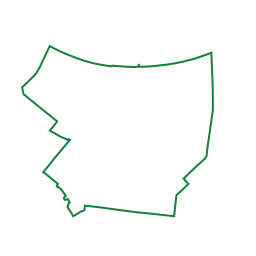 Al Manshiyya, Al Iskandariyah, Egypt (Robinson projection), rotated 349°
{"feature_id": "37247803B47768996612794", "entity_name": "Al Manshiyya", "entity_type": "district", "adm_level": 2, "iso_a3": "EGY", "parent_name": "Egypt", "parent_adm1": "Al Iskandariyah", "projection": "robinson", "projection_center": [29.892, 31.198], "detail": "fine", "context": "isolated", "style": "outline", "palette": "green", "viewbox_px": 256, "rotation_deg": 349, "n_neighbors": 0, "source": "geoboundaries", "source_scale": "gbopen_adm2", "svg_char_len": 5450}
<svg xmlns="http://www.w3.org/2000/svg" viewBox="0 0 256 256"><g transform="rotate(349 128 128)"><path d="M194.3,174.7L195.8,173.8L197.8,172.5L199.2,171.1L199.9,170.3L202.5,161.6L205.8,152.3L206.3,150.9L214.7,126.6L216.5,117.5L219.3,102.1L224.2,69.9L223.8,70.0L223.4,70.1L223.0,70.2L222.6,70.3L222.3,70.4L221.9,70.4L221.6,70.5L221.3,70.6L221.0,70.6L220.7,70.6L220.4,70.7L220.1,70.8L219.9,70.8L219.6,70.8L219.4,70.9L219.2,70.9L218.7,70.9L218.5,71.0L218.3,71.0L218.1,71.1L217.8,71.1L217.6,71.1L217.3,71.1L217.1,71.2L216.8,71.2L216.5,71.3L216.2,71.3L215.8,71.4L215.5,71.4L215.1,71.5L214.7,71.5L214.3,71.6L213.9,71.7L213.5,71.7L213.1,71.8L212.7,71.8L212.3,71.9L211.8,72.0L211.4,72.0L211.0,72.1L210.6,72.1L210.3,72.2L209.9,72.2L209.6,72.3L209.2,72.3L208.9,72.4L208.6,72.4L208.3,72.4L208.0,72.5L207.8,72.6L207.5,72.6L207.2,72.6L206.9,72.6L206.6,72.7L206.2,72.7L205.9,72.8L205.5,72.8L205.1,72.8L204.7,72.8L204.2,72.9L203.8,72.9L203.3,72.9L202.8,72.9L202.4,73.0L201.9,73.0L201.4,73.0L200.9,73.0L200.4,73.1L199.9,73.1L199.4,73.1L198.9,73.1L198.3,73.2L197.8,73.2L197.3,73.2L196.7,73.3L196.2,73.3L195.7,73.3L195.2,73.4L194.6,73.4L194.1,73.4L193.6,73.4L193.2,73.4L192.7,73.4L192.2,73.4L191.8,73.4L191.4,73.4L191.0,73.4L190.6,73.4L190.3,73.4L189.9,73.5L189.6,73.4L189.3,73.4L188.9,73.4L188.6,73.4L188.2,73.5L187.9,73.4L187.5,73.4L187.2,73.4L186.8,73.4L186.4,73.5L186.1,73.4L185.7,73.4L185.4,73.4L185.1,73.4L184.7,73.4L184.4,73.4L184.1,73.4L183.8,73.4L183.5,73.4L183.2,73.4L182.8,73.4L182.5,73.3L182.2,73.3L181.9,73.3L181.5,73.3L181.2,73.3L180.7,73.3L180.4,73.3L180.2,73.2L180.0,73.3L179.8,73.3L179.6,73.2L179.3,73.2L179.1,73.2L178.9,73.2L178.7,73.2L178.3,73.2L178.1,73.2L177.9,73.2L177.7,73.1L177.4,73.1L177.2,73.1L176.7,73.1L176.2,73.0L175.7,73.0L175.2,73.0L174.9,72.9L174.6,72.9L174.4,72.9L174.1,72.8L173.8,72.9L173.5,72.8L173.2,72.8L172.9,72.8L172.7,72.7L172.4,72.7L172.1,72.7L171.9,72.7L171.7,72.7L171.4,72.6L171.2,72.6L170.8,72.6L170.6,72.6L170.4,72.6L170.2,72.6L169.8,72.5L169.6,72.5L169.4,72.5L169.1,72.5L168.9,72.5L168.6,72.4L168.4,72.4L168.1,72.4L167.8,72.4L167.6,72.4L167.3,72.3L167.0,72.3L166.7,72.2L166.4,72.2L166.1,72.2L165.7,72.2L165.4,72.1L165.0,72.1L164.6,72.1L164.3,72.0L163.9,71.9L163.5,71.9L163.0,71.9L162.6,71.8L162.2,71.8L161.8,71.7L161.4,71.7L161.0,71.6L160.6,71.6L160.3,71.6L159.9,71.5L159.5,71.4L159.1,71.4L158.7,71.4L158.3,71.3L158.0,71.2L157.6,71.2L157.2,71.2L156.8,71.1L156.5,71.0L156.1,71.0L155.8,71.0L155.5,70.9L155.3,70.9L155.0,70.8L154.8,70.8L154.6,70.8L154.4,70.8L154.1,70.7L153.9,70.7L153.7,70.6L153.3,70.6L153.1,70.5L152.8,70.5L152.5,70.4L152.3,70.4L152.0,70.3L151.8,70.3L151.5,70.3L151.3,70.2L151.1,70.2L150.9,70.0L150.9,69.8L150.8,69.4L150.8,69.0L150.9,68.8L150.9,68.4L150.8,68.0L150.7,68.0L150.6,68.3L150.5,68.7L150.5,69.1L150.4,69.5L150.3,69.8L150.1,69.9L149.9,69.8L149.8,69.7L149.6,69.6L149.4,69.6L149.2,69.5L148.8,69.6L148.6,69.6L148.3,69.6L148.0,69.6L147.8,69.6L147.5,69.6L147.3,69.6L147.1,69.5L146.9,69.5L146.6,69.4L146.4,69.4L146.2,69.3L145.9,69.3L145.7,69.2L145.4,69.1L145.0,69.1L144.6,69.0L144.2,68.9L143.8,68.9L143.3,68.8L142.8,68.6L142.3,68.6L141.8,68.4L141.2,68.3L140.7,68.2L140.2,68.0L139.6,67.9L139.1,67.8L138.6,67.7L138.0,67.5L137.4,67.3L136.9,67.2L136.3,67.0L135.7,66.9L135.1,66.7L134.5,66.6L133.9,66.4L133.4,66.3L132.8,66.1L132.3,66.0L131.8,65.8L131.4,65.7L130.9,65.6L130.5,65.5L130.2,65.4L129.8,65.3L129.5,65.2L129.2,65.1L128.8,65.0L128.6,65.0L128.4,64.9L128.2,64.9L127.8,64.7L127.6,64.7L127.4,64.6L127.2,64.6L126.9,64.5L126.6,64.4L126.4,64.3L126.1,64.2L125.9,64.2L125.7,64.1L125.4,64.0L125.1,63.9L124.8,63.9L124.6,63.9L124.4,64.0L124.2,64.1L123.7,64.3L123.5,64.2L123.2,64.2L122.9,64.1L122.6,64.0L122.3,63.9L121.8,63.8L121.4,63.6L120.9,63.4L120.3,63.3L119.8,63.0L119.1,62.8L118.5,62.6L117.8,62.3L117.1,62.1L116.4,61.8L115.7,61.6L114.9,61.3L114.2,61.0L113.4,60.7L112.7,60.4L111.9,60.1L111.1,59.8L110.4,59.5L109.6,59.2L108.8,58.9L108.1,58.6L107.4,58.2L106.6,57.9L105.9,57.6L105.2,57.2L104.5,56.9L103.9,56.7L103.2,56.3L102.6,56.0L102.0,55.7L101.4,55.4L100.8,55.1L100.2,54.8L99.7,54.5L99.1,54.2L98.5,53.9L98.0,53.7L97.5,53.3L96.9,53.1L96.3,52.7L95.8,52.4L95.2,52.1L94.6,51.7L94.0,51.4L93.3,51.0L92.7,50.6L92.0,50.2L91.3,49.8L90.7,49.4L90.0,49.0L89.3,48.6L88.6,48.1L87.9,47.7L87.2,47.2L86.5,46.8L85.8,46.3L85.1,45.9L84.4,45.5L83.7,45.1L83.1,44.6L82.4,44.2L81.8,43.8L81.2,43.4L80.6,42.9L80.0,42.6L79.5,42.2L79.0,41.9L78.6,41.6L78.2,41.3L77.8,41.1L77.5,40.8L77.1,40.6L76.8,40.4L76.4,40.1L76.0,39.8L75.6,39.6L75.2,39.2L74.8,38.9L74.3,38.6L73.9,38.2L73.4,37.8L72.9,37.4L72.3,37.0L71.7,36.6L71.2,36.1L70.6,35.7L70.0,35.2L69.4,34.7L68.9,34.3L68.4,33.9L68.0,33.5L67.6,33.2L67.2,32.9L66.9,32.6L55.4,48.0L53.2,51.3L47.6,57.5L42.5,61.0L31.8,67.9L31.9,73.5L31.9,74.4L32.2,75.2L41.6,86.5L59.7,107.9L58.5,109.1L57.4,110.1L50.8,115.7L60.2,123.7L66.4,127.9L66.9,128.4L67.7,127.7L68.7,128.5L49.5,144.2L48.9,144.7L43.2,149.6L36.3,155.2L38.2,157.1L40.0,159.2L46.2,166.7L48.5,169.5L46.9,171.4L47.6,172.8L48.6,172.7L51.3,176.4L51.3,176.8L54.0,182.6L53.3,183.0L51.7,184.5L51.9,185.8L52.5,186.7L55.2,186.1L56.5,190.0L55.4,190.7L54.5,192.5L53.5,193.8L54.0,195.3L56.3,200.7L57.2,204.0L60.1,203.3L65.5,201.1L67.7,200.8L69.5,200.5L70.8,196.0L84.9,200.4L105.7,207.5L120.9,212.5L132.0,215.8L132.7,216.0L156.5,223.4L157.5,220.0L162.3,204.4L162.8,203.3L162.9,203.0L170.0,198.8L176.6,194.4L174.2,190.4L173.9,189.8L173.4,189.1L172.9,188.3L181.7,182.6L182.3,182.2L185.5,180.2L194.3,174.7Z" fill="none" stroke="#15803d" stroke-width="2"/></g></svg>